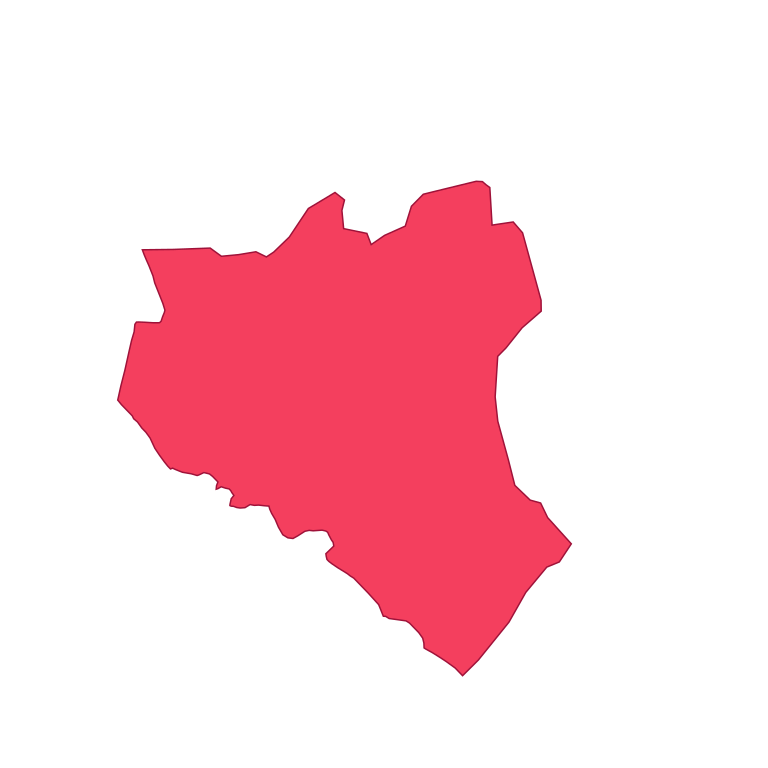 Al-Hai, Wasit, Iraq, rotated 46°
{"feature_id": "34846034B47380320671203", "entity_name": "Al-Hai", "entity_type": "district", "adm_level": 2, "iso_a3": "IRQ", "parent_name": "Iraq", "parent_adm1": "Wasit", "projection": "mercator", "projection_center": [45.957, 32.179], "detail": "fine", "context": "isolated", "style": "filled", "palette": "rose", "viewbox_px": 768, "rotation_deg": 46, "n_neighbors": 0, "source": "geoboundaries", "source_scale": "gbopen_adm2", "svg_char_len": 2306}
<svg xmlns="http://www.w3.org/2000/svg" viewBox="0 0 768 768"><g transform="rotate(46 384 384)"><path d="M210.6,586.7L216.4,587.2L219.1,587.2L224.0,587.2L227.1,587.2L232.0,587.2L235.1,588.2L240.0,587.7L247.5,588.8L253.3,588.8L260.4,589.8L271.1,593.5L279.5,595.0L287.5,596.1L292.9,596.6L296.8,596.6L297.7,594.5L300.4,593.5L304.0,591.9L307.5,590.3L314.6,585.1L316.3,584.1L320.0,582.0L320.8,580.4L322.6,575.1L325.7,573.1L327.5,572.0L331.5,571.5L335.5,571.5L339.1,571.5L340.8,575.1L343.1,577.8L343.9,576.2L344.8,572.5L348.8,570.4L351.9,568.3L354.2,568.3L356.4,568.9L359.9,569.4L360.4,573.6L363.5,578.3L364.4,579.3L365.7,578.8L367.5,577.2L370.6,575.7L373.3,573.6L376.4,569.9L377.7,564.1L381.3,561.5L383.9,558.4L388.4,554.7L391.9,551.6L394.6,553.1L399.0,554.7L405.7,556.3L413.7,559.4L422.2,561.5L427.9,560.0L431.9,556.8L433.3,551.6L435.0,543.2L437.3,539.5L440.4,536.9L446.1,530.1L449.3,528.0L451.5,527.5L454.1,528.5L459.5,530.1L462.6,530.6L465.7,532.7L465.7,537.4L465.7,543.7L467.9,545.3L470.6,546.9L473.3,546.9L477.3,546.3L484.4,544.8L495.0,542.1L498.6,541.6L502.6,540.6L504.8,540.6L509.7,540.6L514.6,540.6L523.5,540.6L539.0,541.1L543.0,542.7L548.6,545.0L550.6,545.8L552.3,544.2L556.3,543.2L564.3,536.9L569.7,532.7L573.7,531.7L579.4,531.7L587.0,531.7L593.7,532.7L598.1,535.3L601.7,538.5L603.9,538.0L610.6,535.9L619.0,533.8L626.1,532.2L637.7,530.1L645.2,530.1L648.4,530.1L648.4,528.7L648.1,507.8L642.1,459.5L632.4,426.8L628.8,394.1L633.8,381.5L629.1,360.3L593.8,359.1L578.4,354.0L569.1,359.5L547.8,360.3L525.1,347.3L489.8,328.0L470.5,313.0L443.1,283.0L442.8,271.2L439.5,245.6L440.8,220.3L432.8,212.8L371.5,179.3L357.2,178.5L346.6,193.3L344.8,195.9L316.2,171.4L311.5,172.2L306.8,172.6L302.2,176.9L280.7,213.7L274.8,223.9L275.2,240.8L285.2,259.0L277.5,280.3L274.8,296.4L263.8,291.7L244.2,305.1L229.9,293.7L224.2,284.6L212.2,286.2L205.2,316.5L212.5,350.0L212.5,371.7L210.9,380.3L199.9,384.3L189.9,398.8L179.2,412.2L177.6,412.5L165.5,414.6L141.2,441.7L141.5,441.4L119.6,464.6L124.4,466.7L129.8,468.8L135.6,470.9L145.8,475.1L152.0,478.7L172.4,487.1L178.7,490.3L180.0,492.4L181.8,496.5L184.0,500.7L184.0,502.8L183.1,503.9L179.5,507.6L173.3,513.3L168.9,517.5L167.5,519.1L168.0,521.7L172.9,527.5L177.3,535.3L183.1,544.2L194.2,561.0L202.6,574.6L210.6,586.7Z" fill="#f43f5e" stroke="#9f1239" stroke-width="1.5"/></g></svg>